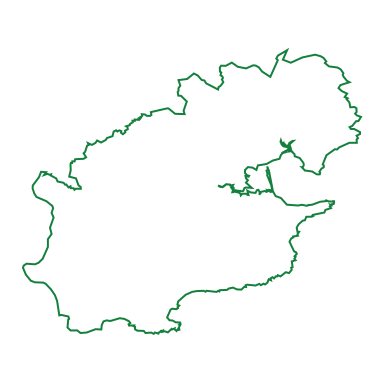 Dungarvan Lea-6, Waterford, Ireland
{"feature_id": "5873133B99301396189175", "entity_name": "Dungarvan Lea-6", "entity_type": "district", "adm_level": 2, "iso_a3": "IRL", "parent_name": "Ireland", "parent_adm1": "Waterford", "projection": "robinson", "projection_center": [-7.659, 52.063], "detail": "fine", "context": "isolated", "style": "outline", "palette": "green", "viewbox_px": 384, "rotation_deg": 0, "n_neighbors": 0, "source": "geoboundaries", "source_scale": "gbopen_adm2", "svg_char_len": 5987}
<svg xmlns="http://www.w3.org/2000/svg" viewBox="0 0 384 384"><path d="M59.3,315.4L61.2,314.9L68.4,316.5L69.1,318.9L68.2,319.6L67.5,327.5L70.6,330.5L77.2,330.4L80.5,333.0L86.8,332.5L95.6,329.2L101.3,329.5L101.8,325.0L103.5,321.4L106.6,320.4L110.3,321.0L119.8,318.2L124.3,318.9L129.0,321.2L130.3,323.0L128.6,324.3L129.1,325.6L134.2,325.4L133.8,326.3L135.0,326.8L135.0,329.3L137.4,330.7L143.8,330.9L145.5,333.0L151.2,332.6L153.7,333.8L154.9,332.5L158.4,333.6L158.6,332.6L161.0,331.5L160.7,330.1L161.5,331.4L162.8,330.7L162.5,331.8L164.7,331.3L167.9,332.4L171.6,328.9L172.1,329.5L174.6,328.4L174.4,329.2L176.2,330.7L176.3,329.5L176.7,330.4L179.4,329.7L179.1,328.4L178.2,328.7L180.3,324.9L179.2,324.6L180.4,323.4L180.1,322.5L175.6,322.3L172.6,320.5L169.5,320.3L167.1,317.4L170.6,309.6L172.3,308.7L176.3,309.2L178.0,308.1L177.6,307.0L179.2,305.6L177.4,304.6L178.2,301.4L185.6,294.8L192.1,291.9L196.6,291.1L203.5,290.8L205.6,291.7L206.4,290.8L216.6,291.9L218.2,290.8L219.4,291.4L219.8,290.2L227.0,289.9L228.9,288.5L233.0,287.6L236.9,289.4L241.4,289.6L244.3,286.8L246.0,287.0L245.6,285.3L247.2,284.7L255.5,285.5L259.3,283.9L260.9,285.2L263.5,283.7L265.0,284.5L267.4,282.7L268.7,279.3L271.0,280.3L270.5,278.4L272.5,277.2L274.0,278.4L275.9,276.3L277.3,276.4L277.8,275.2L280.5,276.4L285.8,272.2L289.0,273.1L291.7,269.8L291.2,267.7L292.6,267.1L291.8,261.4L295.6,260.2L294.4,258.8L295.6,256.9L294.6,256.2L296.8,253.8L296.0,252.2L294.1,251.4L289.5,241.7L291.2,238.5L293.3,237.4L293.1,236.5L298.0,235.7L297.4,234.4L299.0,231.9L297.5,231.9L296.7,227.6L298.6,224.3L302.8,220.6L304.9,220.3L306.3,216.8L311.9,216.7L313.0,216.1L312.3,215.6L312.8,214.9L324.4,212.5L325.4,209.9L331.0,208.1L329.8,206.4L330.8,205.7L330.3,204.7L331.7,205.4L331.9,204.2L333.6,204.0L334.0,202.9L333.0,201.6L328.7,201.4L326.3,200.4L325.1,200.5L326.9,201.0L320.0,201.8L312.5,204.6L308.4,205.2L307.5,204.4L308.2,205.2L307.0,205.8L301.9,204.8L298.2,205.5L286.9,204.7L280.9,198.0L275.6,196.1L272.9,191.2L269.0,171.0L267.2,166.4L267.9,169.7L266.5,170.6L267.6,174.0L267.1,175.1L271.2,185.0L272.1,189.9L271.2,190.9L271.8,191.7L270.8,191.6L271.3,192.2L269.5,191.4L270.6,191.6L270.5,190.2L268.6,189.8L268.1,190.1L269.2,191.0L267.1,190.2L267.4,190.9L266.5,191.2L267.3,191.5L266.5,191.9L264.9,191.0L260.9,191.9L259.8,192.4L260.5,193.3L259.3,194.7L259.9,192.2L258.3,189.8L256.9,190.2L255.5,192.9L250.6,192.4L247.4,190.7L248.5,195.0L247.3,194.8L247.0,193.8L242.4,193.7L240.8,195.4L240.5,193.8L238.9,192.6L236.1,192.0L237.9,190.9L233.6,190.9L233.1,191.7L234.0,192.1L232.6,192.2L233.6,190.7L234.1,190.8L233.5,190.6L232.0,192.0L233.2,190.7L231.9,188.4L232.9,188.2L231.8,188.3L231.1,187.6L232.4,185.6L230.3,185.6L230.0,184.7L226.4,184.3L223.1,186.9L222.4,187.2L219.9,186.8L218.1,185.5L222.3,187.0L226.2,184.2L230.1,184.6L230.4,185.5L233.1,185.0L231.6,187.5L231.9,187.9L233.1,187.3L233.8,187.7L233.0,187.4L233.7,188.0L232.6,188.9L233.1,189.9L241.2,191.3L243.3,190.9L244.4,188.1L245.8,187.5L251.8,187.9L246.0,182.7L247.9,180.2L246.0,178.4L245.5,176.1L248.6,176.7L249.1,175.8L247.1,175.3L245.0,173.0L245.0,170.1L247.9,167.1L252.4,167.6L256.4,169.9L257.9,165.4L266.6,164.0L272.9,160.5L279.5,158.8L280.9,155.0L282.6,153.1L287.6,151.6L281.6,153.1L290.1,148.6L288.5,148.9L289.3,148.1L288.7,147.5L283.4,146.3L282.4,145.1L284.5,145.4L283.9,144.5L282.3,144.9L280.5,141.7L280.9,140.4L281.8,143.2L283.2,142.8L282.9,144.0L283.9,143.3L286.5,146.0L288.1,145.6L289.5,142.8L292.5,141.0L293.4,140.9L289.5,144.3L291.0,149.2L289.8,149.8L291.3,150.9L287.9,151.6L291.4,151.2L294.5,154.2L294.8,156.3L299.7,158.0L303.4,162.9L303.8,165.0L302.8,167.3L301.8,167.2L304.9,170.5L312.2,171.5L316.7,174.3L319.7,174.4L320.2,172.9L319.4,171.7L321.4,168.7L323.7,167.3L323.8,165.4L322.7,164.5L326.4,155.3L334.9,149.2L337.0,149.5L339.2,147.4L349.3,142.8L356.8,142.8L356.6,139.5L358.0,138.2L356.6,135.7L360.0,134.0L360.0,132.1L354.2,129.0L350.9,129.0L349.6,127.1L352.2,126.0L356.1,121.2L358.4,121.1L361.0,116.9L357.0,115.5L355.1,113.7L356.6,111.9L356.4,108.2L354.4,107.0L350.3,107.3L349.4,102.5L346.6,99.1L347.6,98.3L344.7,97.0L347.1,93.6L341.8,91.1L338.5,88.1L340.4,85.1L349.5,82.2L346.9,80.8L343.5,76.6L342.7,74.6L343.4,73.2L340.6,69.3L337.4,67.5L329.0,66.4L324.9,63.0L326.3,61.4L323.5,57.9L320.6,56.2L315.1,54.7L302.5,57.4L290.8,62.7L282.9,59.7L287.1,50.2L277.9,55.6L276.3,58.6L277.8,60.2L270.3,76.9L262.0,71.5L258.9,67.4L255.7,65.6L253.2,65.3L246.1,68.4L237.8,66.8L231.8,62.6L225.8,65.8L221.1,65.7L219.8,67.6L220.0,71.7L221.3,72.5L220.5,75.2L222.5,76.6L222.9,78.2L221.9,79.4L223.3,82.2L220.3,86.1L218.6,87.0L218.1,89.5L206.2,83.4L204.4,80.5L201.6,79.9L197.9,75.6L193.9,73.5L187.1,79.0L178.5,80.1L180.3,85.7L178.4,88.3L178.6,90.5L177.7,92.0L178.3,95.6L181.1,95.9L186.8,101.5L183.6,110.8L184.6,114.1L175.1,113.8L168.6,108.5L167.0,108.4L150.9,112.1L151.4,114.9L150.1,115.9L146.9,115.9L145.0,114.5L141.8,114.2L142.2,115.9L139.2,117.9L140.6,118.2L139.1,119.9L134.7,119.5L134.8,120.8L132.5,120.7L132.8,122.3L130.1,123.9L129.8,125.1L126.2,126.3L127.4,127.0L127.8,129.2L125.0,130.7L125.3,132.3L122.9,134.2L121.0,132.7L121.3,131.1L119.3,130.4L117.3,131.5L116.2,130.3L113.7,131.5L112.5,136.2L107.0,138.0L105.7,140.0L101.1,142.5L97.1,140.5L95.4,143.0L91.9,144.9L88.0,143.1L88.8,144.9L87.1,145.7L85.1,151.8L83.6,153.3L86.1,157.3L83.6,158.8L75.2,159.2L74.6,161.4L72.3,161.3L72.1,163.0L70.9,162.9L70.5,164.2L70.7,170.4L69.2,176.6L76.0,178.4L78.5,185.3L80.7,187.0L80.8,188.8L75.8,188.7L74.4,189.8L73.7,188.3L70.7,188.1L70.5,186.3L68.5,187.4L66.3,184.5L65.1,184.7L63.6,182.8L57.6,181.5L56.2,178.4L50.8,175.5L51.1,174.3L49.6,174.8L47.5,173.8L44.1,175.0L46.1,172.2L41.1,171.8L39.0,177.2L32.8,185.4L32.6,188.4L34.2,193.3L36.4,196.9L46.4,201.2L52.3,205.9L53.1,208.2L51.6,212.9L53.6,217.5L50.0,227.8L51.6,234.0L47.9,239.2L47.9,247.0L42.6,258.9L38.5,262.8L35.0,264.3L26.5,263.7L23.7,265.6L23.0,267.8L25.9,274.7L30.8,280.7L34.8,282.3L43.2,282.6L45.7,283.8L51.1,289.5L55.0,295.3L57.1,300.9L59.3,315.4ZM333.3,201.4L335.0,201.3L333.3,201.2L333.3,201.4Z" fill="none" stroke="#15803d" stroke-width="2"/></svg>